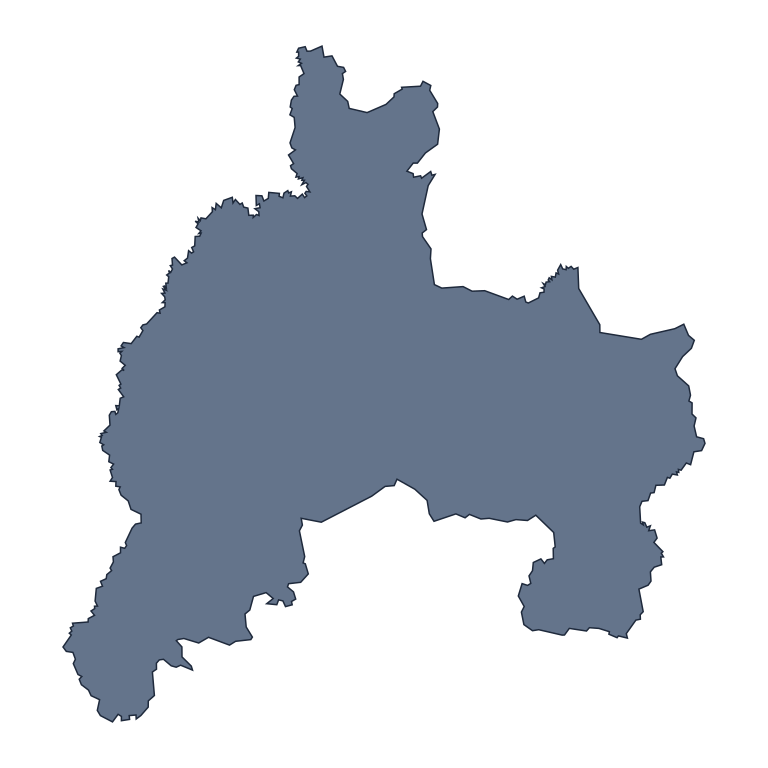 the district of Sawang Daen Din, Sakon Nakhon, Thailand
{"feature_id": "78962969B25029845772948", "entity_name": "Sawang Daen Din", "entity_type": "district", "adm_level": 2, "iso_a3": "THA", "parent_name": "Thailand", "parent_adm1": "Sakon Nakhon", "projection": "mercator", "projection_center": [103.39, 17.476], "detail": "fine", "context": "isolated", "style": "filled", "palette": "slate", "viewbox_px": 768, "rotation_deg": 0, "n_neighbors": 0, "source": "geoboundaries", "source_scale": "gbopen_adm2", "svg_char_len": 6065}
<svg xmlns="http://www.w3.org/2000/svg" viewBox="0 0 768 768"><path d="M170.3,265.6L172.5,269.0L170.7,272.4L168.6,270.5L169.5,273.0L166.7,275.0L168.7,276.7L168.0,283.1L165.8,283.2L166.3,287.8L164.6,286.0L163.4,286.4L166.2,290.2L162.8,289.0L164.9,293.1L161.6,293.4L164.7,296.8L165.2,299.8L162.3,302.6L165.1,302.7L164.9,306.8L159.4,310.0L160.1,313.2L157.0,312.7L146.6,324.0L142.9,324.9L140.8,327.7L142.9,330.6L139.1,337.1L136.8,336.3L131.2,343.6L123.4,342.5L121.1,345.9L124.0,347.6L118.1,348.8L118.1,351.7L121.8,351.4L119.9,353.2L121.4,355.6L120.1,361.1L125.2,365.3L122.1,368.4L124.1,370.5L122.0,369.8L116.3,374.7L120.9,384.1L119.1,385.4L120.7,388.1L118.3,389.5L123.7,396.8L120.2,398.3L119.3,405.8L115.8,405.6L116.9,409.8L118.8,408.2L117.8,412.8L115.8,414.4L114.9,411.4L111.4,411.7L109.3,415.2L110.0,425.1L103.9,430.9L106.3,432.3L100.8,433.6L102.2,435.5L99.6,436.5L101.4,437.3L99.8,442.5L103.7,444.8L101.8,446.0L102.7,450.4L109.6,455.1L108.8,461.7L113.6,464.1L110.9,467.6L112.4,469.3L110.1,470.0L112.5,477.5L110.1,481.2L116.0,481.6L115.8,486.2L120.2,486.9L118.9,489.6L121.1,495.2L128.2,500.9L131.0,509.4L141.0,514.2L141.2,522.9L135.5,524.1L132.1,528.1L125.3,542.5L126.6,545.6L124.7,548.3L120.5,547.2L120.5,552.8L113.0,556.7L113.4,561.9L110.1,568.1L111.6,570.6L106.8,574.6L106.2,578.7L100.5,581.3L102.5,586.2L96.3,588.4L95.1,601.1L97.5,606.1L94.5,606.2L94.7,608.6L91.0,611.0L94.5,615.3L88.3,618.6L88.1,622.0L72.5,623.2L73.4,626.0L70.3,627.8L71.8,631.1L69.3,633.2L71.3,635.0L63.0,647.0L66.3,651.4L72.9,652.4L75.4,659.2L73.3,663.6L78.0,674.5L81.8,676.5L79.2,679.2L81.4,684.7L88.5,690.1L91.1,695.7L99.6,699.7L97.3,710.4L100.4,715.6L112.5,721.9L118.1,714.3L121.4,716.4L121.4,720.7L129.6,719.4L129.2,715.6L136.0,715.0L136.2,719.0L140.9,715.5L148.2,707.1L148.3,700.9L154.4,695.5L152.4,672.0L156.5,669.2L156.4,663.2L159.3,659.9L163.5,659.3L171.2,665.8L176.2,667.2L180.6,665.2L192.5,670.1L191.3,666.1L182.0,656.9L181.9,646.9L176.3,640.7L177.9,639.5L183.9,638.5L198.7,643.0L208.5,637.3L229.5,645.1L235.6,641.3L250.8,639.6L252.4,637.1L246.2,627.0L245.0,614.0L249.8,610.0L253.5,596.4L266.1,592.6L273.2,598.5L266.7,603.7L276.8,604.7L278.6,599.9L282.9,600.9L285.5,606.6L292.2,604.8L291.5,601.5L295.7,599.1L293.5,591.9L287.5,586.9L288.6,583.7L300.7,582.3L308.3,573.9L305.3,563.8L303.1,562.9L304.7,556.6L299.4,530.8L302.4,525.1L301.2,518.3L321.3,522.2L371.8,496.1L385.1,486.4L394.2,485.6L397.0,479.2L414.8,489.2L427.1,500.4L429.3,513.8L434.0,521.3L455.9,513.9L465.1,517.8L469.4,514.4L480.9,519.0L489.2,518.3L507.5,522.0L515.9,519.6L527.5,520.5L535.8,515.2L553.7,532.5L555.2,546.9L553.2,548.4L553.4,558.7L547.2,559.8L544.4,563.4L540.9,558.9L533.3,562.5L532.5,570.7L529.0,575.9L530.8,583.4L527.6,585.4L522.1,583.6L518.3,596.0L524.2,606.5L521.4,612.1L523.9,624.6L532.5,630.7L538.7,629.7L562.1,635.1L564.5,635.0L569.3,628.4L586.5,631.0L589.4,627.7L598.9,628.4L609.4,631.7L608.9,634.2L617.1,637.7L618.4,635.9L627.4,638.1L626.3,633.6L635.9,620.1L640.4,619.2L640.2,614.8L643.2,611.7L638.9,589.1L648.1,585.2L651.0,581.1L650.4,571.9L654.2,567.2L661.7,564.7L660.8,557.0L663.5,556.9L661.3,553.2L662.9,551.7L653.9,542.4L657.1,538.1L654.6,529.9L648.7,530.7L650.4,525.8L646.8,527.2L644.8,522.7L642.5,522.1L643.3,524.9L640.6,523.1L639.7,506.8L642.0,501.3L648.0,500.6L650.6,493.1L654.1,492.6L655.9,485.3L664.4,485.0L667.4,477.4L669.9,478.2L672.3,474.1L677.4,475.0L676.5,471.9L678.8,472.4L678.4,469.4L681.1,470.2L686.3,463.0L690.6,464.7L693.9,451.8L701.6,450.6L705.0,443.4L703.6,438.7L696.6,436.8L694.1,426.0L696.0,417.9L692.0,414.0L692.1,402.9L688.9,401.0L690.5,395.2L688.7,385.9L677.4,375.8L675.0,368.7L682.6,356.6L691.4,348.3L694.3,340.3L688.5,335.4L683.8,324.2L674.8,328.7L650.4,334.3L641.4,339.3L599.9,332.5L599.8,324.7L578.7,288.5L577.9,267.5L573.7,269.2L571.1,266.4L568.3,268.3L566.3,266.5L566.1,269.7L562.7,268.9L560.7,264.6L557.6,270.2L558.6,274.0L556.1,272.9L555.3,277.1L551.4,276.4L551.9,279.8L549.2,277.8L548.2,280.0L549.6,281.7L546.1,282.1L545.4,284.7L543.2,283.5L545.1,286.6L541.5,287.8L544.1,289.0L544.0,292.2L540.0,292.8L538.6,297.9L528.3,303.0L525.8,302.0L524.2,296.2L517.1,299.2L512.4,296.1L508.7,299.5L484.7,290.7L472.1,291.2L463.1,286.6L441.8,288.1L434.4,284.6L430.4,258.7L431.0,248.9L422.5,236.6L422.2,233.0L426.5,229.6L422.0,214.0L428.2,185.6L435.1,174.4L431.9,175.2L430.7,171.5L421.6,178.2L420.6,175.8L413.6,177.2L413.1,173.6L406.9,171.2L413.2,163.1L417.4,163.1L425.4,153.0L437.6,144.2L439.4,129.1L432.8,111.6L437.5,107.0L437.7,103.5L429.7,90.3L430.8,85.5L423.0,81.3L420.5,86.2L401.6,87.3L402.2,89.1L394.2,93.7L394.0,96.9L386.0,104.4L367.1,112.6L349.2,108.4L347.7,101.4L339.8,94.0L343.4,79.4L342.4,73.6L345.6,71.4L343.6,67.4L337.5,66.3L332.0,55.9L324.0,57.1L322.0,46.1L310.5,51.1L307.0,51.2L305.2,46.7L298.6,48.2L296.8,52.1L298.6,52.1L298.6,56.3L296.4,58.1L300.3,59.1L298.3,61.9L301.5,63.3L298.3,65.6L300.6,65.5L304.0,73.6L299.1,77.0L299.1,84.6L296.1,85.3L294.3,89.7L297.5,96.1L294.0,96.3L291.4,100.1L290.2,107.0L292.2,108.5L289.9,114.8L294.2,117.4L295.1,127.5L290.0,142.9L291.8,147.9L295.4,149.9L288.5,155.0L293.6,163.6L290.5,165.7L291.4,168.7L297.1,173.5L295.9,177.1L299.1,176.6L298.4,178.9L302.9,177.7L301.8,180.3L304.4,180.3L301.8,184.7L306.0,182.6L308.0,184.3L306.5,186.5L309.9,191.9L306.2,191.4L304.9,193.3L306.8,195.9L304.6,197.6L302.3,194.1L297.5,198.4L294.8,195.8L290.4,196.1L291.4,191.8L288.6,192.9L287.8,190.6L284.0,193.1L282.9,197.8L279.1,196.3L279.4,193.4L268.8,192.4L268.3,198.4L263.9,201.0L261.9,195.8L256.0,195.5L256.3,205.5L259.4,203.8L260.1,207.7L254.9,208.7L258.8,211.7L259.0,215.5L256.5,214.5L253.2,217.5L253.3,215.2L248.8,215.3L247.9,208.1L243.7,207.1L242.2,203.0L239.9,204.4L235.4,199.5L233.0,203.0L232.3,197.3L223.7,200.4L221.3,207.8L216.2,203.4L215.4,209.7L212.1,207.6L212.4,211.7L205.9,218.8L201.0,217.9L200.3,220.6L198.1,218.2L198.9,222.1L195.2,221.2L198.1,223.8L196.0,227.5L201.0,230.8L198.8,233.5L201.1,233.1L199.7,236.2L195.2,236.5L194.7,245.9L191.7,247.5L193.6,251.8L191.6,253.1L188.6,250.7L187.5,258.1L184.2,260.7L186.9,262.8L181.8,264.9L174.5,257.1L172.0,258.5L172.5,265.1L170.3,265.6Z" fill="#64748b" stroke="#1e293b" stroke-width="1.5"/></svg>